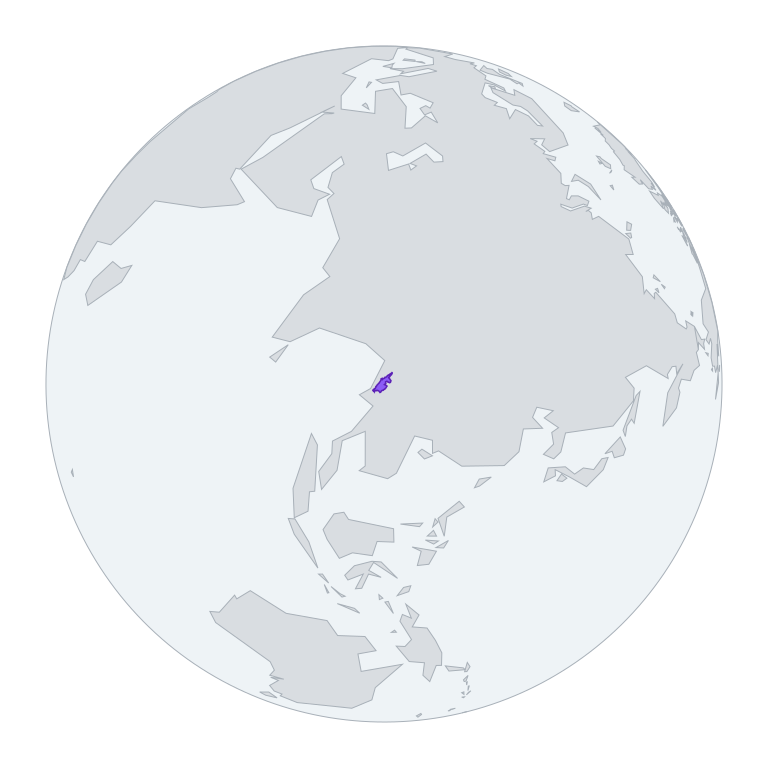 Magway highlighted on a globe, orthographic projection, rotated 57°
{"feature_id": "MMR-3276", "entity_name": "Magway", "entity_type": "Division", "adm_level": 1, "iso_a3": "MMR", "parent_name": "Myanmar", "parent_adm1": "", "projection": "orthographic", "projection_center": [94.956, 20.535], "detail": "fine", "context": "on_globe", "style": "filled", "palette": "violet", "viewbox_px": 768, "rotation_deg": 57, "n_neighbors": 0, "source": "natural_earth", "source_scale": "10m", "svg_char_len": 13620}
<svg xmlns="http://www.w3.org/2000/svg" viewBox="0 0 768 768"><g transform="rotate(57 384 384)"><circle cx="384" cy="384" r="338" fill="#eef3f6" stroke="#a8b0b8"/><path d="M521.3,75.2L529.3,80.5L543.1,88.2L531.8,82.9L565.1,102.7L577.5,114.4L557.0,98.0L549.9,94.1L555.1,99.7L549.0,97.1L548.0,98.7L540.2,95.4L528.8,87.2L523.5,85.3L527.5,89.6L522.2,89.8L517.1,83.6L507.3,83.6L486.5,72.2L479.2,62.2L461.1,56.8L437.8,50.4L466.3,56.3L494.2,64.6L521.3,75.2ZM435.3,50.0L432.3,49.6L427.1,48.8L435.3,50.0ZM403.7,46.7L406.8,46.9L405.4,47.0L400.3,46.8L396.9,46.4L399.0,46.4L395.4,46.3L403.7,46.7ZM385.6,46.1L385.0,46.1L381.7,46.1L385.6,46.1ZM554.4,95.0L550.8,92.1L556.4,96.0L554.4,95.0ZM549.2,99.6L552.2,101.4L550.4,101.6L549.2,99.6ZM536.8,96.9L533.0,97.1L534.9,95.4L536.8,96.9ZM529.5,96.3L520.6,97.7L526.4,101.6L504.8,92.3L519.6,93.6L521.0,90.6L524.3,94.0L529.5,96.3ZM406.6,46.8L414.3,47.5L410.2,47.2L406.3,46.8L406.6,46.8ZM415.7,47.7L442.6,51.3L445.9,52.4L436.2,50.6L444.3,52.8L432.7,51.4L425.7,49.9L425.8,49.3L421.3,49.4L415.7,47.7ZM494.4,87.5L490.5,87.0L492.4,86.0L494.4,87.5ZM405.5,47.1L410.6,47.4L413.9,48.3L404.2,47.8L406.3,47.6L405.5,47.1ZM452.1,54.4L452.8,55.4L443.6,54.4L442.6,54.7L432.7,51.6L452.1,54.4ZM402.9,47.3L399.2,47.6L393.0,47.2L400.7,46.9L402.9,47.3ZM418.8,48.8L419.9,49.3L416.1,48.8L418.8,48.8ZM368.7,47.1L374.8,46.8L377.0,47.1L368.7,47.1ZM398.2,47.8L400.4,48.0L401.9,48.3L398.3,48.5L398.2,47.8ZM426.9,51.4L422.9,51.0L430.5,52.6L423.9,52.4L418.5,50.5L418.1,51.3L416.1,51.3L413.9,49.9L426.9,51.4ZM399.2,49.7L390.1,48.1L378.3,48.2L376.0,47.7L395.4,47.8L399.2,49.7ZM408.0,49.8L402.1,49.5L402.2,48.8L406.4,48.6L408.0,49.8ZM421.4,53.2L432.9,53.9L433.7,54.3L421.4,53.2ZM395.8,49.7L398.1,50.2L394.9,49.8L395.8,49.7ZM413.5,52.1L417.5,52.1L418.3,52.6L413.5,52.1ZM399.3,51.3L396.4,50.6L399.1,50.3L399.3,51.3ZM405.8,51.7L405.9,52.4L401.9,50.5L407.4,51.6L405.8,51.7ZM413.6,52.6L415.4,52.9L411.8,52.5L413.6,52.6ZM390.6,53.4L384.8,51.1L390.9,50.1L395.7,52.4L390.6,53.4ZM107.3,190.0L114.7,180.9L109.9,189.7L116.2,199.5L115.3,204.1L104.4,217.3L101.0,249.5L111.9,240.8L118.9,262.9L130.1,270.2L152.1,244.4L133.9,231.7L140.8,216.0L163.5,214.3L180.9,227.1L184.2,221.5L181.6,203.2L194.3,196.7L181.7,196.3L180.4,203.4L172.5,203.7L173.3,197.4L177.7,195.1L174.9,189.6L154.5,203.6L150.9,212.3L138.3,207.0L131.2,221.4L124.7,224.9L134.2,202.1L139.9,195.7L150.5,169.2L143.4,175.1L132.9,201.1L132.4,197.3L122.7,207.3L129.6,196.9L143.0,168.5L137.3,165.1L115.1,183.2L114.9,181.0L121.5,171.4L144.7,146.6L142.5,154.7L150.7,147.5L164.0,133.3L162.2,137.5L167.4,133.2L167.8,136.3L181.1,130.7L183.4,133.4L200.9,122.3L204.4,122.6L193.1,128.8L186.5,135.2L193.9,144.1L198.9,143.2L209.6,135.6L210.3,139.7L219.7,131.4L230.0,134.1L225.4,124.3L237.9,116.8L250.7,114.4L254.0,110.5L233.2,114.8L225.6,118.3L220.3,123.9L199.0,133.9L193.8,133.0L213.1,117.1L207.9,114.7L225.2,104.7L271.0,97.0L283.8,99.5L279.3,118.5L269.3,121.5L265.9,115.7L257.8,127.7L263.8,123.4L264.4,127.3L276.5,122.4L277.5,125.0L287.4,116.4L289.9,119.1L283.6,124.5L303.7,121.0L312.2,126.0L316.3,124.0L318.2,120.6L327.9,130.0L330.4,128.3L328.3,124.4L332.0,118.7L342.3,112.6L345.1,116.2L341.7,118.8L338.9,130.4L329.5,137.8L331.7,138.8L340.5,133.3L344.0,119.0L349.4,114.5L349.2,120.8L349.7,118.1L353.3,117.0L359.4,119.6L360.3,112.7L395.8,99.7L411.1,104.5L407.0,110.8L434.7,108.9L449.9,116.6L447.8,112.7L459.8,110.6L455.2,108.0L455.1,106.1L483.6,102.0L492.4,104.7L502.4,100.6L501.4,98.9L495.4,96.6L504.8,92.3L526.4,101.6L527.6,104.8L540.3,109.3L541.4,116.5L548.1,125.3L541.9,132.0L547.8,139.2L552.1,140.3L563.3,151.7L571.4,173.2L545.9,150.8L529.9,122.3L534.8,132.9L528.1,129.5L526.4,132.9L530.3,141.1L534.2,142.7L511.6,154.0L509.9,177.9L523.7,176.5L533.9,183.9L544.0,214.8L523.9,258.4L537.3,272.7L539.2,282.4L529.8,288.6L526.8,274.5L516.0,269.7L515.7,261.4L499.7,268.1L498.6,256.6L486.7,268.5L492.9,277.6L507.5,275.1L497.6,291.6L514.3,307.7L517.9,327.6L495.3,363.5L469.8,374.7L468.6,381.1L457.6,374.0L444.3,386.6L465.6,422.2L465.4,432.5L443.2,452.0L442.5,444.4L413.5,425.5L408.8,449.9L430.8,470.4L438.4,493.8L421.8,486.4L414.0,465.7L403.8,458.3L406.0,437.1L396.5,405.2L379.6,410.5L380.5,397.7L364.8,370.6L340.3,377.3L301.9,407.6L297.4,439.7L283.8,452.2L265.4,402.9L264.4,370.9L253.1,372.0L238.0,342.1L198.4,331.2L197.0,322.2L188.6,323.9L178.6,312.2L177.9,297.7L170.0,295.9L172.9,334.2L181.9,336.4L195.2,326.3L193.8,339.1L204.0,353.5L177.9,377.4L126.0,386.8L128.0,362.1L124.9,286.9L128.9,280.5L129.2,279.7L129.6,278.2L122.1,288.0L124.0,273.9L118.0,323.5L114.0,343.4L125.2,388.0L122.4,390.7L128.2,401.0L155.1,401.7L153.7,409.5L136.7,441.0L105.6,476.3L113.8,510.8L118.5,537.3L108.2,546.6L118.3,568.2L114.3,570.9L120.1,582.2L122.1,590.7L122.0,595.7L113.5,586.5L99.9,566.9L87.7,546.4L77.0,525.1L67.8,503.1L62.5,488.0L57.3,467.5L53.3,448.0L46.9,398.1L47.8,377.0L47.9,365.0L47.1,362.4L48.1,348.1L48.4,344.8L48.4,344.7L52.0,321.1L57.3,297.8L64.2,274.9L72.7,252.6L82.7,230.9L94.3,210.0L107.3,190.0ZM192.2,256.5L207.3,263.9L212.9,243.5L219.2,245.0L218.8,237.9L213.2,242.0L214.1,223.5L225.1,221.3L229.6,213.4L224.7,210.7L204.5,217.9L203.0,244.0L194.3,249.7L192.2,256.5ZM195.4,109.7L191.4,113.5L185.1,117.2L182.2,116.4L191.3,110.7L195.4,109.7ZM187.2,118.5L207.2,104.4L209.8,105.2L204.9,107.0L204.7,108.9L196.8,112.4L179.7,128.0L173.1,132.5L171.3,126.9L175.5,125.8L179.2,121.7L187.2,118.5ZM253.6,75.6L262.3,71.8L256.7,78.1L249.3,81.0L245.8,79.6L252.7,75.5L253.6,75.6ZM365.7,46.6L371.8,46.3L391.2,46.2L393.3,46.6L389.6,47.0L385.3,47.1L385.3,46.6L379.5,47.1L376.2,46.5L371.4,46.9L346.7,48.2L349.7,47.8L349.1,47.9L365.7,46.6ZM312.2,53.8L316.4,52.9L318.9,53.1L324.5,51.7L327.3,51.6L321.7,52.8L332.1,51.1L332.9,51.4L346.3,51.1L360.8,49.5L366.1,49.8L360.8,50.6L369.7,50.4L363.4,52.4L367.0,52.8L364.4,55.7L352.2,57.8L357.1,58.2L355.4,61.1L345.5,63.6L347.3,60.8L335.1,65.9L331.8,63.6L330.6,64.4L324.1,64.0L314.2,65.1L314.1,63.8L310.3,64.9L305.9,65.0L300.7,66.1L298.7,64.6L292.1,66.1L294.9,64.6L284.0,67.8L291.3,64.9L286.3,65.4L281.9,67.9L284.4,61.5L280.3,62.4L312.2,53.8ZM389.4,54.1L375.6,56.1L366.9,56.2L375.1,51.3L372.7,50.6L377.7,48.5L390.1,48.7L387.6,49.2L388.0,49.8L383.9,49.4L387.5,50.2L384.1,51.1L385.9,52.1L380.9,52.3L389.4,54.1ZM120.5,201.0L121.0,203.3L123.1,205.2L117.0,212.0L120.5,201.0ZM129.2,181.6L130.5,182.1L122.9,191.6L122.5,189.7L129.2,181.6ZM137.6,174.8L131.1,181.4L134.4,176.7L137.6,174.8ZM195.0,129.2L197.2,129.8L194.9,131.9L190.7,133.9L195.0,129.2ZM308.6,81.6L311.0,79.2L313.2,79.0L323.6,74.7L326.9,76.6L322.0,79.9L308.6,81.6ZM145.4,247.1L138.4,250.3L138.3,246.5L140.7,246.1L145.4,247.1ZM124.2,230.2L126.0,237.6L122.5,232.0L124.2,230.2ZM314.0,82.9L317.8,80.8L317.1,83.1L314.0,82.9ZM329.9,77.8L330.1,80.1L328.5,76.3L329.9,77.8ZM286.0,691.9L292.8,695.0L287.6,694.3L286.0,691.9ZM155.5,548.7L156.8,589.6L146.2,585.4L138.2,570.9L133.6,544.8L143.9,541.6L147.2,530.9L155.5,548.7ZM519.6,543.3L529.0,543.9L528.5,545.3L519.6,543.3ZM509.9,539.1L520.8,538.8L507.8,542.4L509.9,539.1ZM525.0,538.7L536.0,535.0L540.8,532.2L539.8,535.3L525.0,538.7ZM502.4,539.7L461.1,541.1L444.6,537.5L448.7,532.2L475.4,533.0L502.4,539.7ZM447.3,532.1L421.9,517.1L386.0,471.8L398.8,473.0L436.2,500.5L433.8,505.2L449.3,517.0L447.3,532.1ZM508.4,502.4L505.9,516.4L483.2,516.3L472.9,514.4L465.7,496.7L469.7,487.5L478.3,487.5L510.6,454.8L522.0,461.8L512.3,475.6L521.6,487.3L508.4,502.4ZM298.9,442.9L306.6,462.9L299.2,465.2L298.9,442.9ZM523.0,431.9L510.4,446.5L521.7,427.3L523.0,431.9ZM529.2,413.9L530.4,421.0L524.8,414.5L529.2,413.9ZM468.9,390.9L459.9,392.8L459.3,387.7L470.6,382.5L468.9,390.9ZM520.5,344.7L521.6,359.5L520.3,364.6L515.6,355.9L520.5,344.7ZM347.8,101.8L329.7,105.1L318.9,110.1L316.2,116.4L312.2,109.6L328.9,101.8L347.8,101.8ZM389.5,99.3L391.8,94.8L396.0,96.5L396.0,97.8L389.5,99.3ZM387.2,96.7L380.3,91.9L384.9,89.3L389.5,93.5L387.2,96.7ZM346.5,85.6L340.9,86.3L341.6,84.2L346.5,85.6ZM574.6,656.0L579.6,648.4L589.0,644.6L580.6,652.7L574.6,656.0ZM554.9,630.7L492.4,655.1L479.9,653.9L485.7,646.4L479.7,624.3L484.0,624.5L484.5,608.7L523.0,591.0L551.4,560.6L569.7,559.9L585.4,537.5L603.3,535.9L596.2,552.9L612.6,559.7L629.1,521.2L633.9,556.7L642.3,566.2L638.4,587.6L603.9,630.3L589.0,640.8L588.5,638.4L581.7,643.3L574.5,644.1L575.1,634.0L568.2,638.8L577.0,628.8L566.0,638.4L564.3,631.8L554.9,630.7ZM680.4,532.5L681.6,532.5L681.9,537.0L680.0,537.6L680.4,532.5ZM702.7,496.5L702.3,497.5L703.9,492.9L703.5,493.9L702.7,496.5ZM693.6,505.4L693.7,507.1L693.0,508.4L693.6,505.4ZM693.2,505.0L694.8,500.7L693.9,504.5L693.2,505.0ZM688.9,489.4L690.2,486.8L690.5,488.1L688.9,489.4ZM542.7,542.8L556.1,530.9L563.0,529.2L542.7,542.8ZM687.9,486.0L685.2,487.0L685.7,484.7L687.9,486.0ZM688.6,481.0L688.6,478.2L689.6,484.2L688.6,481.0ZM683.7,477.0L686.8,480.6L683.2,477.8L683.7,477.0ZM681.5,478.6L679.0,477.4L679.2,476.4L681.5,478.6ZM648.5,493.5L658.5,507.7L649.5,510.0L639.8,501.9L630.5,514.0L610.5,516.5L615.6,509.3L613.3,500.1L591.6,499.8L587.3,494.1L595.3,488.6L580.5,485.6L596.8,480.4L603.1,492.6L612.1,480.8L627.0,480.5L640.9,481.9L651.3,489.0L648.5,493.5ZM596.2,509.2L598.9,508.8L596.3,513.1L596.2,509.2ZM674.2,472.2L677.8,477.0L677.2,478.8L675.4,478.5L674.2,472.2ZM653.8,486.1L665.3,472.1L667.8,471.5L660.1,485.9L653.8,486.1ZM662.9,465.8L667.9,465.8L670.3,471.1L669.2,473.1L662.9,465.8ZM563.0,501.6L562.3,505.3L557.9,503.0L563.0,501.6ZM568.7,498.8L581.6,501.1L567.4,502.0L568.7,498.8ZM528.0,489.9L532.0,498.3L544.6,491.7L535.0,500.5L543.2,513.9L540.2,519.5L532.1,504.9L528.7,521.0L523.0,521.1L520.3,507.8L526.1,490.7L531.7,483.3L554.4,478.5L528.0,489.9ZM568.7,488.2L565.3,478.4L567.8,471.4L571.6,476.3L568.7,488.2ZM554.4,454.9L544.5,443.9L536.0,449.2L552.8,431.1L559.6,444.6L554.4,454.9ZM545.3,429.5L537.4,434.3L545.3,423.9L545.3,429.5ZM535.1,430.5L533.7,422.2L540.2,422.8L535.1,430.5ZM549.5,429.5L550.3,415.2L554.0,423.3L549.5,429.5ZM529.8,403.8L544.5,416.4L526.1,411.9L523.3,384.8L530.9,383.6L529.8,403.8ZM559.3,291.6L556.2,284.2L562.6,281.9L562.9,287.5L559.3,291.6ZM580.4,270.1L563.3,278.9L549.0,287.1L554.4,290.2L553.1,303.3L543.8,292.0L552.2,277.0L563.4,273.2L563.0,262.5L570.0,254.7L565.3,242.0L567.7,236.1L575.3,246.8L580.4,270.1ZM562.8,236.7L557.1,214.7L570.0,216.7L574.1,221.9L571.3,231.0L564.7,229.3L562.8,236.7ZM559.5,210.2L553.0,208.7L531.0,178.8L529.6,173.3L553.2,195.6L548.3,195.6L551.4,203.0L559.5,210.2ZM492.8,88.8L490.7,87.1L494.5,88.5L492.8,88.8ZM452.3,104.8L452.8,102.5L457.3,103.7L452.3,104.8ZM456.8,96.9L451.4,97.1L455.9,95.4L456.8,96.9ZM439.5,98.2L448.7,96.5L441.5,100.4L439.5,98.2Z" fill="#d9dde1" stroke="#a8b0b8" stroke-width="1"/><path d="M383.3,396.8L383.2,396.7L382.9,396.2L383.0,395.9L383.0,395.7L382.8,395.4L382.9,395.1L383.0,395.0L383.1,394.9L383.0,394.7L382.7,394.4L382.8,394.2L383.0,394.2L383.1,393.9L382.8,393.5L382.7,393.4L382.5,392.9L382.2,392.6L381.9,392.5L381.8,392.4L381.7,392.2L381.6,391.9L381.7,391.7L381.8,391.7L381.6,391.2L381.1,390.5L381.1,390.4L381.0,389.7L380.7,388.7L380.5,388.2L380.5,387.9L380.6,387.7L380.5,387.4L380.3,387.1L380.2,387.0L380.1,386.9L380.1,386.5L379.9,386.2L379.6,385.6L379.6,385.4L378.9,384.2L378.7,384.0L378.6,383.9L378.3,383.8L378.2,383.8L378.2,383.7L378.2,383.0L378.6,383.3L378.8,383.3L379.3,383.2L379.5,383.1L379.5,382.9L379.3,382.7L379.2,382.6L379.2,382.3L379.1,382.2L379.0,381.8L378.9,381.7L379.0,381.5L379.3,380.9L379.4,380.7L379.4,380.2L379.3,379.9L379.0,379.8L378.9,379.7L379.1,379.4L379.2,378.7L379.4,378.1L379.5,378.0L379.5,377.9L379.4,377.8L379.1,377.2L378.9,376.8L378.8,376.6L378.8,376.4L378.8,376.0L378.9,375.8L379.0,375.7L378.9,375.1L378.9,374.9L379.0,374.7L379.0,374.4L378.9,373.6L378.9,373.4L379.0,373.2L378.9,373.1L379.0,372.9L378.9,372.2L378.9,371.9L378.9,371.7L378.8,371.3L379.0,371.3L379.3,371.3L379.3,371.2L379.5,371.3L379.5,371.5L379.7,371.8L380.0,372.1L380.2,372.5L380.4,372.9L380.4,373.1L380.2,373.6L380.1,373.8L380.2,374.5L380.3,374.7L380.6,374.7L380.8,374.9L380.9,375.0L381.0,375.0L381.0,375.4L380.9,376.4L381.0,376.5L381.4,376.7L381.5,376.7L381.8,376.5L382.1,376.4L382.3,376.4L382.4,376.5L382.5,376.5L382.8,376.4L383.0,376.4L383.4,376.4L383.8,376.5L384.5,376.5L384.7,376.4L384.8,376.3L385.1,376.4L385.1,376.5L385.3,376.7L385.4,376.9L385.5,377.0L385.6,377.3L385.8,377.5L386.1,377.7L386.0,378.0L386.1,378.5L385.9,378.6L385.7,378.6L385.6,378.8L385.3,379.1L385.1,379.3L384.9,379.4L384.7,379.5L384.5,379.4L384.4,379.4L384.3,379.5L384.2,379.6L384.2,379.8L383.7,379.9L383.4,379.9L383.3,380.0L383.2,380.1L383.2,380.3L383.1,380.7L383.2,381.2L383.3,381.4L383.2,381.5L383.4,381.6L383.5,381.8L383.8,382.0L384.0,382.0L384.5,382.1L384.7,382.3L384.7,382.5L384.6,382.8L384.6,383.2L384.6,383.3L384.6,383.6L384.8,383.9L384.8,384.0L385.0,383.9L385.0,383.6L385.3,383.4L385.5,383.3L385.8,383.3L386.1,383.1L386.5,383.0L386.7,382.9L386.9,382.7L387.0,382.6L387.3,382.6L387.5,382.7L387.6,382.8L387.7,383.4L388.2,384.2L388.3,384.4L388.3,384.6L388.4,384.8L388.4,385.0L388.4,385.5L388.5,385.6L388.5,385.8L388.6,386.0L388.7,386.3L388.8,386.3L388.8,386.5L388.7,386.6L388.7,386.8L388.6,387.0L388.5,387.3L388.6,387.5L388.7,387.8L388.7,388.0L388.8,388.1L388.7,388.2L388.6,388.3L388.5,388.6L388.6,388.8L388.5,389.0L388.4,389.0L388.3,389.4L388.3,389.9L388.4,390.0L388.6,390.3L388.7,390.5L388.8,390.7L388.8,390.8L389.0,391.0L389.0,391.4L389.0,391.6L388.9,391.7L388.9,391.8L388.9,392.0L388.6,392.0L388.3,392.0L387.6,392.1L387.3,392.1L387.2,392.1L386.8,392.2L386.7,392.3L386.4,392.6L386.0,392.7L385.9,392.8L385.9,393.1L385.8,393.3L385.7,393.3L385.4,393.5L385.3,393.8L385.4,394.2L385.4,394.4L385.3,394.6L385.2,394.7L385.1,394.8L384.9,394.8L384.7,395.0L384.7,395.4L384.6,395.5L384.7,395.9L385.1,396.2L384.9,396.2L384.8,396.3L384.8,396.5L384.7,396.7L384.6,396.8L384.3,396.8L384.2,396.6L383.9,396.5L383.7,396.5L383.3,396.8Z" fill="#8b5cf6" stroke="#5b21b6" stroke-width="1.5"/></g></svg>